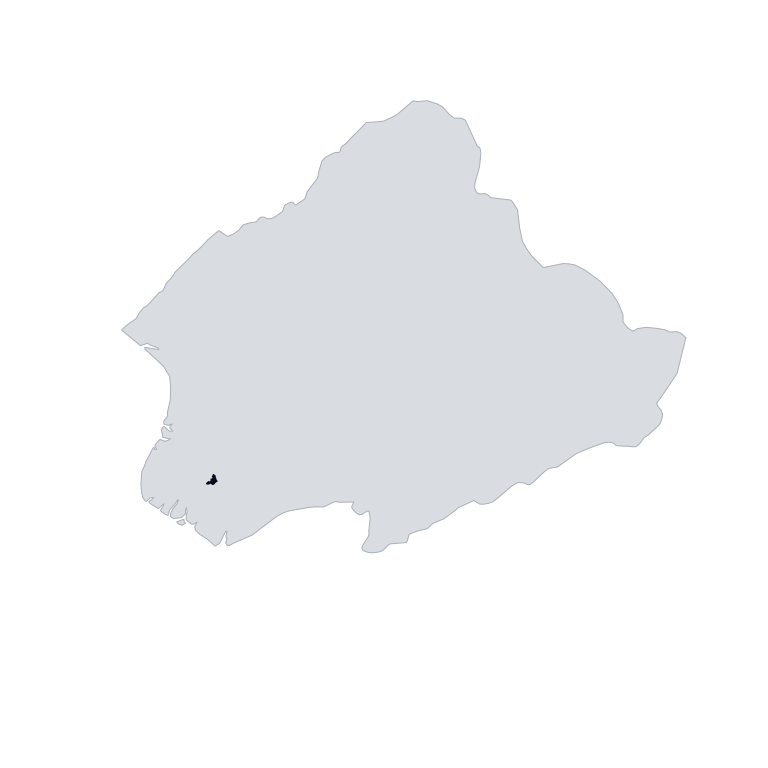 Owerri North, Imo, Nigeria shown in context, rotated 43°
{"feature_id": "59680162B39513276000218", "entity_name": "Owerri North", "entity_type": "district", "adm_level": 2, "iso_a3": "NGA", "parent_name": "Nigeria", "parent_adm1": "Imo", "projection": "equal_earth", "projection_center": [7.091, 5.435], "detail": "fine", "context": "in_parent", "style": "filled", "palette": "ink", "viewbox_px": 768, "rotation_deg": 43, "n_neighbors": 0, "source": "geoboundaries", "source_scale": "gbopen_adm2", "svg_char_len": 5189}
<svg xmlns="http://www.w3.org/2000/svg" viewBox="0 0 768 768"><g transform="rotate(43 384 384)"><path d="M573.3,144.3L591.1,176.4L595.0,200.4L596.6,212.2L599.5,213.6L604.9,214.2L608.9,216.6L611.3,220.5L612.8,224.2L613.1,226.4L612.1,240.8L610.8,246.0L611.7,253.1L611.4,256.1L610.9,258.2L608.5,260.5L605.2,262.9L597.3,269.7L595.0,270.7L591.7,270.9L588.8,272.6L585.4,276.3L578.2,290.1L572.0,304.0L567.5,326.4L562.0,333.4L561.0,339.6L560.2,353.6L559.4,357.8L558.5,359.1L552.5,361.7L549.1,364.9L547.1,371.3L544.5,392.9L543.6,396.5L541.7,400.2L538.6,404.2L536.0,406.5L529.1,408.0L522.6,424.2L522.5,427.1L519.7,441.8L514.7,453.0L514.4,460.1L508.1,470.0L504.9,476.6L508.3,483.6L508.5,484.7L497.7,496.5L497.1,498.3L496.7,506.5L495.8,508.7L493.8,511.7L490.9,515.0L487.9,517.5L484.6,519.3L481.3,520.0L479.5,518.9L478.5,516.5L476.6,506.5L475.7,504.3L473.6,502.4L465.2,491.4L460.1,487.5L459.0,487.8L458.2,488.8L456.8,494.4L455.4,496.4L452.7,497.1L448.1,497.2L444.7,496.4L443.9,495.3L442.3,491.0L431.9,501.0L428.3,503.2L423.7,515.1L417.2,521.0L412.7,526.1L400.6,542.3L398.2,547.0L395.8,554.1L390.6,584.5L382.3,603.5L381.2,607.5L380.7,607.4L379.6,609.1L376.4,608.0L374.9,604.4L372.9,603.9L369.5,598.7L368.7,599.6L372.4,612.7L371.0,617.8L360.8,617.9L352.0,619.6L346.0,619.5L342.9,617.6L341.6,612.7L341.1,613.2L340.7,615.8L338.8,617.9L332.0,618.3L329.0,614.9L326.6,611.2L324.0,609.5L324.4,611.1L327.4,614.8L327.0,620.0L321.6,626.1L318.1,626.5L316.0,623.8L314.8,619.6L314.3,613.2L312.9,609.1L312.1,609.1L313.0,616.0L313.1,622.4L315.7,627.4L311.7,628.9L306.9,629.1L306.3,627.2L305.7,623.1L304.8,622.0L303.8,629.0L294.0,631.0L292.6,630.7L292.3,629.4L293.0,627.5L292.9,624.3L290.7,626.7L290.4,631.6L289.1,632.4L285.4,631.7L281.3,629.2L274.6,623.1L266.5,613.1L265.2,608.6L262.8,603.1L258.6,588.0L259.4,587.3L261.3,588.2L262.2,586.7L258.8,585.7L258.1,584.6L257.9,581.3L258.0,577.2L263.2,575.1L264.4,572.6L265.1,570.1L258.7,573.8L252.8,569.6L251.5,567.0L252.2,565.0L259.0,564.9L261.5,562.9L260.0,562.3L257.4,562.3L256.4,561.0L256.5,557.9L255.6,558.6L254.5,561.4L250.5,563.4L248.2,561.4L247.9,556.9L247.4,554.8L245.5,553.3L238.5,541.4L229.7,531.4L221.9,524.6L210.2,521.4L185.5,521.5L184.1,520.5L185.6,519.0L187.8,517.9L195.7,512.4L194.4,511.7L186.1,515.1L183.3,515.4L179.7,522.1L155.4,523.5L155.4,520.5L156.5,511.8L158.1,505.7L156.4,498.4L156.1,491.8L157.1,489.7L157.4,487.2L157.2,470.3L158.5,467.7L158.6,466.0L156.1,458.8L156.2,453.2L155.7,447.9L154.9,445.4L155.9,424.7L155.6,419.6L156.4,415.9L156.9,407.0L156.8,398.3L158.5,384.5L168.9,382.7L171.5,377.3L172.9,370.4L172.5,363.6L175.9,357.7L180.0,352.5L179.8,346.7L181.0,344.9L182.9,343.6L185.7,342.9L188.8,340.0L190.5,335.0L192.2,327.0L189.6,321.4L189.7,320.1L190.7,317.1L192.3,314.1L193.6,313.1L196.6,313.9L197.6,312.7L199.6,303.8L199.4,301.5L196.6,295.5L195.1,279.5L194.3,277.4L192.2,274.4L186.4,263.2L186.6,257.8L189.0,251.0L190.6,247.6L192.8,245.8L193.3,244.2L192.6,242.3L191.5,240.9L191.3,237.8L192.4,233.5L192.1,228.8L192.8,204.7L197.5,199.9L204.4,192.1L207.9,183.8L209.8,177.6L212.2,157.0L215.8,154.7L222.6,147.2L232.0,142.8L238.0,141.4L248.6,142.3L254.0,141.6L258.6,137.5L260.6,136.3L263.6,135.6L290.0,146.4L292.4,145.9L294.4,146.6L297.7,149.5L305.4,159.5L313.6,175.0L316.1,178.3L318.7,180.1L321.3,180.7L323.3,180.5L325.2,179.0L327.7,176.0L331.6,174.7L334.8,175.0L351.2,163.1L352.8,163.0L362.9,165.5L376.8,177.4L388.0,185.2L396.0,187.8L405.3,189.7L421.1,190.2L433.1,173.5L437.5,169.9L442.8,166.6L453.9,163.5L472.3,161.4L489.6,162.3L500.4,165.2L511.8,170.6L516.7,175.8L524.4,176.7L529.9,175.7L531.7,170.5L537.1,163.7L545.4,157.4L552.1,153.0L557.6,151.0L562.5,146.0L566.5,144.4L573.3,144.3ZM332.7,625.0L328.9,626.6L326.5,626.2L329.8,619.4L331.5,620.8L333.7,621.4L332.7,625.0Z" fill="#d9dde1" stroke="#a8b0b8" stroke-width="1"/><path d="M321.4,567.4L321.5,567.6L321.6,567.8L321.7,568.0L321.8,568.3L321.9,568.2L322.1,568.1L322.4,568.4L322.7,568.7L322.9,568.9L323.0,569.3L323.3,569.2L323.5,569.1L323.7,569.4L323.7,569.9L323.7,570.0L323.6,570.3L323.6,570.5L323.8,570.6L324.0,570.6L323.9,570.7L323.8,570.8L323.7,570.9L323.4,571.0L323.2,571.0L322.9,571.4L322.7,571.5L322.9,571.8L323.1,571.9L323.3,572.1L323.5,572.5L324.1,572.6L324.2,573.0L323.5,575.0L322.4,575.2L322.3,576.1L322.4,576.7L322.2,576.9L322.4,577.7L323.0,577.4L323.3,577.1L323.6,576.9L323.7,576.6L323.9,576.2L324.2,575.8L324.3,575.4L324.5,575.1L324.5,574.7L324.8,574.3L324.9,574.2L325.2,574.0L325.4,574.0L325.7,574.0L325.9,574.2L326.2,574.2L326.7,574.3L327.0,574.2L327.3,573.8L327.6,573.2L327.7,572.4L326.7,571.9L326.8,571.7L327.0,571.3L327.0,571.2L327.3,571.0L327.4,570.9L327.5,570.9L327.6,570.7L327.7,570.4L327.6,570.2L327.4,570.0L327.3,569.9L327.2,569.9L327.2,569.7L327.3,569.6L327.4,569.4L327.5,569.3L327.4,569.3L327.4,569.2L327.3,568.9L327.2,568.9L327.2,569.0L326.9,569.2L326.7,569.3L326.5,568.9L326.4,568.8L325.8,568.4L325.2,567.9L324.6,567.8L324.4,567.8L324.4,567.7L324.2,567.6L323.7,567.3L323.6,567.1L323.2,566.6L322.9,566.6L322.7,566.8L322.6,567.2L322.5,567.3L322.4,567.6L322.2,567.6L322.2,567.4L322.0,567.1L322.0,566.8L321.9,566.8L321.9,566.6L321.8,566.8L321.7,566.9L321.7,566.7L321.4,566.6L321.3,566.8L321.3,567.0L321.4,567.4Z" fill="#0f172a" stroke="#020617" stroke-width="1.5"/></g></svg>